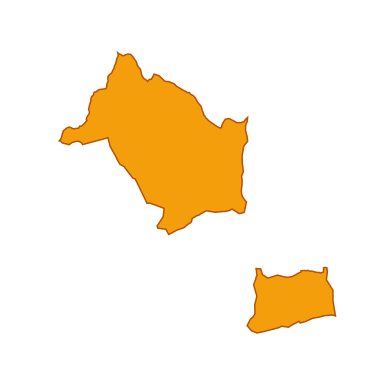 outline of Lavun, Niger, Nigeria, rotated 350°
{"feature_id": "59680162B89203090045374", "entity_name": "Lavun", "entity_type": "district", "adm_level": 2, "iso_a3": "NGA", "parent_name": "Nigeria", "parent_adm1": "Niger", "projection": "natural_earth1", "projection_center": [5.651, 9.275], "detail": "fine", "context": "isolated", "style": "filled", "palette": "amber", "viewbox_px": 384, "rotation_deg": 350, "n_neighbors": 0, "source": "geoboundaries", "source_scale": "gbopen_adm2", "svg_char_len": 3319}
<svg xmlns="http://www.w3.org/2000/svg" viewBox="0 0 384 384"><g transform="rotate(350 192 192)"><path d="M161.7,229.8L163.2,229.4L166.7,228.2L171.0,226.8L176.0,226.1L178.5,225.5L180.7,224.0L183.5,222.6L185.2,222.1L185.4,222.0L185.8,221.6L186.2,221.2L187.8,217.9L190.8,217.0L192.3,216.2L193.7,216.1L194.4,216.1L196.1,215.3L202.8,213.0L203.5,213.2L211.5,216.0L220.3,216.7L221.0,216.9L225.2,216.8L227.9,216.0L228.5,215.8L234.8,221.5L239.0,221.3L239.9,221.1L243.9,211.2L242.7,209.4L241.6,206.9L240.5,203.6L240.8,199.2L242.6,193.3L243.4,188.9L243.6,185.0L246.1,180.9L246.5,172.9L247.5,165.6L250.8,156.0L255.7,151.6L255.9,147.2L255.4,140.4L256.6,135.2L258.7,132.0L259.7,128.2L257.1,130.0L255.3,131.9L254.5,131.8L252.3,132.2L248.3,131.6L245.9,129.6L241.8,126.5L240.7,126.0L237.5,126.1L234.8,128.9L233.3,131.0L232.1,133.8L230.3,133.7L227.8,131.7L220.9,124.8L218.5,121.3L217.7,119.0L217.1,118.6L216.9,118.0L217.1,117.3L216.2,113.1L215.9,109.4L213.1,104.5L211.7,100.2L210.2,97.6L207.3,95.2L206.8,93.9L206.5,93.6L205.7,93.4L204.9,93.3L200.4,89.7L195.2,85.3L193.2,82.4L188.5,79.4L184.5,78.2L179.7,71.8L175.2,69.3L172.8,72.4L171.5,74.0L170.1,73.7L169.2,73.9L168.4,74.7L167.4,75.4L166.4,73.9L163.9,71.3L162.9,68.3L162.7,66.3L162.7,64.0L162.5,62.2L161.6,60.9L160.8,59.0L160.6,58.7L160.4,58.5L160.4,58.1L160.2,57.8L160.1,56.4L159.6,53.6L158.3,51.2L157.6,49.2L156.1,46.6L155.3,45.7L152.5,45.0L149.9,45.4L148.6,45.9L147.3,45.7L146.1,44.6L144.9,43.6L144.0,43.1L143.0,41.9L143.0,42.6L143.3,43.8L143.0,44.9L142.0,46.5L141.2,47.5L140.8,48.4L139.7,51.2L138.5,53.3L137.6,54.3L137.0,55.9L136.3,57.0L135.6,57.9L134.5,59.4L133.7,60.5L132.9,61.1L130.9,62.3L129.4,63.6L128.8,65.8L128.7,68.2L127.0,70.7L126.2,73.8L125.1,75.3L118.4,75.0L115.9,76.1L114.6,76.8L113.2,76.6L112.0,78.4L111.6,79.6L109.7,80.6L108.6,82.9L108.0,85.3L106.4,88.0L105.3,90.8L104.5,92.3L104.9,95.1L104.4,97.0L102.9,98.4L101.3,100.4L100.5,102.2L101.0,103.4L100.2,103.8L97.8,105.9L94.6,107.9L92.9,107.6L91.5,109.4L86.3,109.2L82.5,106.7L79.6,107.3L75.9,109.4L73.9,113.5L72.1,116.9L70.2,118.6L71.5,119.1L72.4,120.8L74.6,122.1L76.8,122.9L79.1,124.2L80.4,123.4L82.5,122.5L84.6,122.1L87.3,122.1L89.5,122.5L92.0,124.7L92.5,126.3L118.7,124.0L119.3,132.9L123.8,145.9L123.8,146.6L125.9,152.3L129.5,155.2L136.1,168.1L138.4,169.4L145.8,195.4L148.3,195.4L161.7,203.3L159.3,211.4L151.8,219.3L152.0,221.7L159.9,224.2L161.7,229.8ZM311.8,338.9L311.9,323.5L313.8,313.3L309.1,301.8L311.5,293.9L311.6,289.9L309.6,289.4L309.0,289.4L308.4,289.5L307.5,293.7L306.3,293.8L304.7,294.0L304.2,294.0L303.7,293.4L302.1,293.1L301.1,292.9L299.9,292.4L299.3,292.3L298.5,291.9L298.3,291.5L296.5,290.9L294.5,290.4L293.6,290.1L292.8,289.4L292.1,289.3L290.9,289.4L290.6,289.4L289.8,289.0L289.2,288.8L287.3,288.6L286.5,288.6L285.7,288.5L285.4,289.7L284.0,290.1L282.2,290.5L279.9,291.5L275.8,292.7L271.6,292.7L267.4,291.3L261.8,288.7L251.9,290.0L247.1,285.7L246.3,279.7L241.8,278.5L241.7,281.8L241.5,283.3L241.7,285.1L240.4,286.9L239.7,288.8L237.8,292.0L236.6,294.0L237.8,305.8L235.4,311.4L234.2,314.0L232.9,322.8L230.4,325.6L227.4,327.4L223.1,333.2L226.4,338.9L231.5,342.1L238.4,341.9L247.7,341.2L248.3,341.2L253.6,340.7L257.1,339.8L263.6,341.9L267.4,340.3L274.9,338.0L275.9,339.8L281.0,339.3L289.0,337.3L295.1,337.3L301.5,336.8L308.7,337.5L311.8,338.9Z" fill="#f59e0b" stroke="#b45309" stroke-width="1.5"/></g></svg>